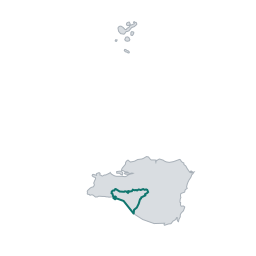 Morona Santiago highlighted on a map of Ecuador, rotated 77°
{"feature_id": "ECU-1285", "entity_name": "Morona Santiago", "entity_type": "Province", "adm_level": 1, "iso_a3": "ECU", "parent_name": "Ecuador", "parent_adm1": "", "projection": "equal_earth", "projection_center": [-78.23, -2.513], "detail": "coarse", "context": "in_parent", "style": "outline", "palette": "teal", "viewbox_px": 256, "rotation_deg": 77, "n_neighbors": 0, "source": "natural_earth", "source_scale": "10m", "svg_char_len": 4268}
<svg xmlns="http://www.w3.org/2000/svg" viewBox="0 0 256 256"><g transform="rotate(77 128 128)"><path d="M230.6,99.9L229.9,100.5L228.2,100.8L226.8,100.2L226.3,100.2L226.2,100.8L228.0,102.3L228.8,105.0L230.1,106.7L230.8,107.5L230.9,108.1L230.7,109.2L230.6,110.1L231.0,114.2L230.7,114.5L229.8,114.5L229.0,113.8L227.0,124.0L220.5,134.2L213.1,141.5L204.5,145.6L198.2,148.6L197.2,149.7L194.2,154.8L194.0,155.3L194.5,156.2L194.5,156.7L194.0,157.1L193.6,157.1L193.5,156.9L193.3,156.2L192.9,155.6L192.4,155.4L192.1,155.6L192.1,156.2L191.5,158.9L191.5,160.3L191.2,160.8L191.2,162.0L190.6,163.1L190.1,165.0L189.6,165.6L188.9,168.4L188.0,171.3L187.9,172.3L188.2,173.0L188.3,173.5L187.9,175.3L185.7,177.0L185.1,177.8L184.9,178.8L185.0,179.6L184.9,180.3L184.2,180.5L183.5,182.1L183.0,182.5L181.6,182.0L180.6,182.0L179.8,181.4L178.2,178.7L177.6,177.1L177.5,174.9L175.9,173.5L173.9,173.8L173.3,173.3L171.9,172.4L170.6,171.3L169.6,170.8L168.9,171.0L167.7,172.8L166.6,173.6L166.1,173.6L165.4,173.0L165.3,172.4L167.0,169.3L165.7,169.2L165.3,168.6L165.2,167.8L165.0,166.9L165.2,165.9L165.9,165.4L166.9,165.8L167.6,165.9L168.0,164.9L168.9,164.2L169.1,163.7L168.6,162.2L168.5,161.4L168.7,160.9L168.6,159.2L168.3,158.6L168.3,157.7L168.0,157.2L167.9,156.0L167.3,155.4L169.4,154.4L170.1,153.5L171.0,152.7L171.8,151.5L172.4,150.4L173.6,145.1L174.8,141.8L174.6,140.2L173.6,138.0L173.4,134.8L173.5,133.8L173.3,133.1L172.7,134.4L172.9,139.1L172.3,141.2L171.5,141.7L171.0,141.4L171.3,137.9L170.7,138.6L169.8,140.9L168.2,142.6L168.2,143.2L167.8,143.9L166.6,143.3L165.7,142.5L162.8,138.7L160.8,137.9L159.7,136.5L159.4,135.9L159.3,135.2L160.5,134.3L161.7,133.3L161.8,130.8L161.8,129.0L160.9,125.7L161.3,121.5L161.1,119.9L160.0,116.4L160.8,114.6L163.5,113.3L164.4,112.5L165.0,109.7L165.6,108.0L166.9,108.7L167.8,108.6L166.5,108.0L165.5,105.5L165.3,104.3L167.3,100.9L168.4,100.0L169.7,98.2L170.8,95.5L171.0,91.2L170.6,88.1L170.2,84.8L170.9,84.0L172.6,83.6L173.9,82.5L174.6,81.5L176.2,81.7L178.1,80.2L181.0,79.4L185.2,77.7L186.1,76.2L185.7,73.5L187.2,75.1L187.9,76.4L190.1,77.8L192.6,80.4L194.2,81.7L196.0,82.9L198.6,84.2L200.2,83.9L200.9,85.9L201.5,86.4L203.0,87.1L203.2,87.3L203.7,90.9L204.1,91.5L205.4,92.0L207.0,92.2L207.6,92.1L209.0,93.1L211.2,93.9L212.0,94.0L212.3,93.9L212.4,93.5L213.1,93.6L214.0,94.0L215.4,94.1L216.2,93.7L216.4,91.7L216.7,91.3L217.7,90.5L218.2,90.7L220.7,92.3L221.3,92.8L221.9,93.9L223.1,95.6L224.4,96.6L226.4,97.1L228.3,98.8L230.6,99.9ZM29.8,97.7L30.6,98.8L31.0,101.9L33.5,105.2L33.8,107.0L33.6,107.9L33.7,108.2L34.9,109.5L35.7,110.8L34.4,114.0L31.6,115.4L28.5,115.3L27.9,115.0L27.1,113.8L27.0,112.7L27.4,111.6L29.0,110.1L31.4,108.7L31.7,107.6L30.7,106.5L30.1,104.4L28.6,103.0L27.8,98.5L27.3,98.3L26.3,98.9L25.8,98.4L25.7,98.1L26.8,97.1L27.0,96.3L28.7,96.0L29.4,96.6L29.8,97.7ZM41.6,111.2L40.9,111.2L39.0,109.6L39.1,108.0L39.9,106.9L42.4,106.3L43.4,107.3L43.3,109.3L42.5,110.7L41.8,110.9L41.6,111.2ZM169.7,148.4L169.5,149.1L168.3,149.0L167.9,148.8L168.2,145.7L168.6,144.7L169.5,143.7L170.4,143.3L171.4,143.4L172.5,144.2L171.2,145.8L170.2,146.3L169.7,148.4ZM27.8,105.9L26.6,106.2L25.5,105.6L25.1,104.7L25.0,103.4L25.1,102.9L27.4,102.4L28.2,103.6L28.2,105.2L27.8,105.9ZM53.1,113.5L51.6,114.2L50.8,113.6L50.7,113.2L51.5,112.1L52.3,111.5L53.0,110.3L54.3,109.6L54.7,109.8L55.0,110.0L55.1,110.4L54.6,111.4L53.8,112.1L53.1,113.5ZM38.5,103.8L38.0,104.3L35.6,103.7L34.9,102.7L35.5,101.4L36.0,100.8L37.4,101.3L38.8,102.8L38.5,103.8ZM40.5,120.8L39.9,120.8L39.2,120.1L39.8,118.8L40.8,119.5L41.0,120.0L40.5,120.8ZM185.1,76.9L184.3,77.0L184.0,76.2L184.9,75.3L185.2,75.1L185.1,76.9Z" fill="#d9dde1" stroke="#a8b0b8" stroke-width="1"/><path d="M213.2,141.5L198.1,148.7L194.0,155.0L194.5,156.6L193.6,157.4L193.2,155.8L192.3,155.4L191.9,155.8L191.8,157.8L188.4,158.0L187.9,158.7L186.2,158.1L185.5,156.5L185.8,155.4L184.7,154.3L184.7,153.7L188.0,150.4L189.3,146.1L189.0,145.2L189.4,144.1L191.2,142.6L190.5,141.6L189.9,142.5L189.6,142.3L189.6,141.5L190.3,140.5L190.4,138.4L189.2,137.2L190.2,135.5L190.2,134.1L190.9,133.2L190.3,131.4L191.3,129.5L190.9,127.0L192.0,125.6L191.9,124.2L192.6,123.2L194.9,122.8L195.6,123.8L196.4,126.3L197.6,126.3L198.6,130.7L199.6,131.1L200.1,132.3L204.2,134.6L207.5,137.3L209.1,140.5L212.5,141.7L213.2,141.5Z" fill="none" stroke="#0f766e" stroke-width="2"/></g></svg>